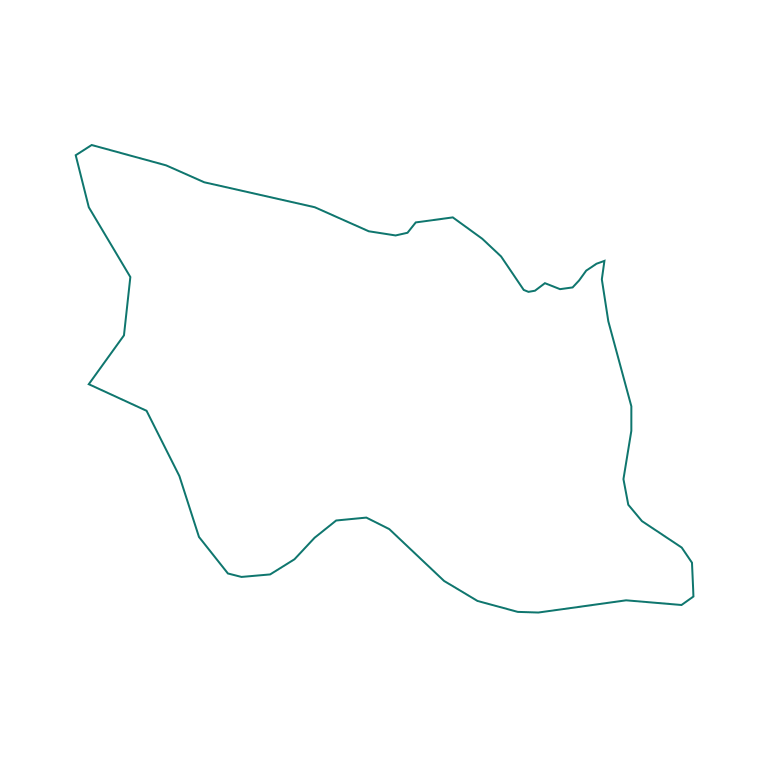 the Municipality of Ormož, rotated 4°
{"feature_id": "SVN-1047", "entity_name": "Ormož", "entity_type": "Municipality", "adm_level": 1, "iso_a3": "SVN", "parent_name": "Slovenia", "parent_adm1": "", "projection": "robinson", "projection_center": [16.169, 46.439], "detail": "fine", "context": "isolated", "style": "outline", "palette": "teal", "viewbox_px": 768, "rotation_deg": 4, "n_neighbors": 0, "source": "natural_earth", "source_scale": "10m", "svg_char_len": 832}
<svg xmlns="http://www.w3.org/2000/svg" viewBox="0 0 768 768"><g transform="rotate(4 384 384)"><path d="M595.3,245.8L594.0,264.4L603.4,305.8L632.3,389.0L634.0,413.5L629.5,462.2L636.1,487.4L650.9,502.8L692.4,526.4L703.7,540.8L706.7,567.0L707.5,574.4L696.2,583.7L640.6,582.9L553.9,601.2L533.3,602.0L492.4,593.9L457.7,576.3L399.4,528.4L375.7,518.5L345.8,523.5L325.5,542.2L306.9,565.1L283.7,581.9L255.3,586.4L241.5,583.9L210.1,549.5L186.3,490.1L149.0,427.3L89.5,404.8L121.2,353.6L123.5,295.0L77.2,228.3L60.5,177.3L75.7,166.0L151.4,181.1L190.6,195.3L302.6,212.5L358.1,232.7L385.2,235.0L396.9,231.5L404.4,220.6L441.0,213.0L471.8,232.2L491.9,248.6L516.8,280.4L521.7,282.0L528.1,280.4L537.5,272.2L553.0,277.1L565.4,274.5L571.4,267.1L577.8,256.8L587.6,249.2L594.0,246.4L595.3,245.8Z" fill="none" stroke="#0f766e" stroke-width="2"/></g></svg>